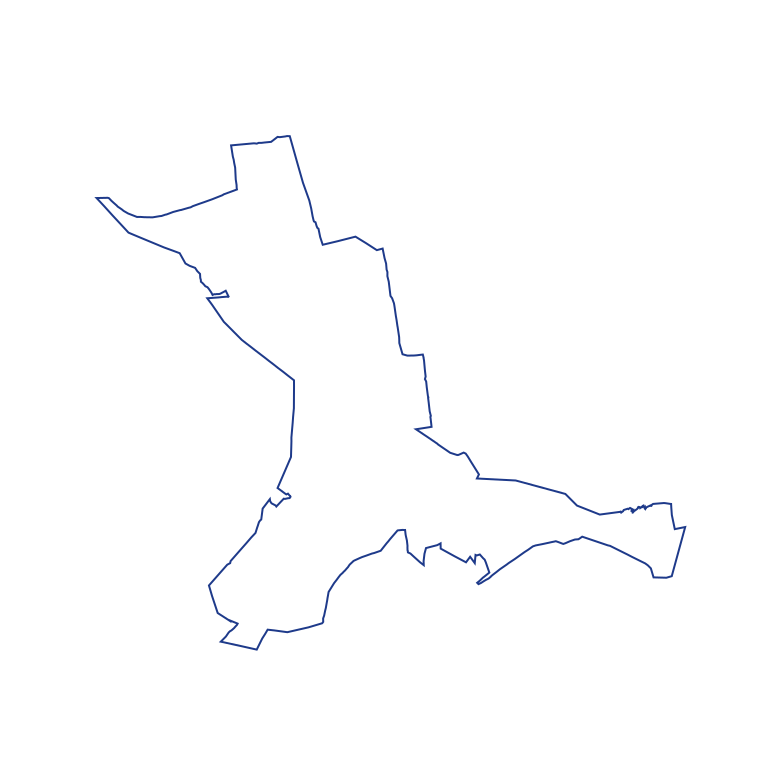 the district of Pantepec, Chiapas, Mexico, rotated 341°
{"feature_id": "50627088B73304631692388", "entity_name": "Pantepec", "entity_type": "district", "adm_level": 2, "iso_a3": "MEX", "parent_name": "Mexico", "parent_adm1": "Chiapas", "projection": "orthographic", "projection_center": [-93.053, 17.195], "detail": "fine", "context": "isolated", "style": "outline", "palette": "blue", "viewbox_px": 768, "rotation_deg": 341, "n_neighbors": 0, "source": "geoboundaries", "source_scale": "gbopen_adm2", "svg_char_len": 5758}
<svg xmlns="http://www.w3.org/2000/svg" viewBox="0 0 768 768"><g transform="rotate(341 384 384)"><path d="M152.9,517.5L152.4,528.4L152.2,546.4L161.0,557.6L161.0,557.1L167.6,562.9L166.7,563.8L166.0,564.2L165.6,564.4L163.4,565.6L163.0,565.9L160.1,567.1L159.5,567.3L158.7,567.5L157.9,567.6L156.2,568.4L152.3,571.3L145.8,574.5L163.4,585.2L177.2,593.7L186.0,585.0L190.4,581.5L193.3,579.0L194.0,578.4L200.1,581.3L211.8,587.2L223.1,588.4L233.4,589.5L247.6,590.1L248.1,589.8L249.1,589.1L250.1,585.9L252.0,583.5L254.6,579.1L256.1,576.8L259.2,571.2L259.4,570.9L260.2,569.4L260.8,568.2L262.1,565.9L263.9,562.6L272.0,556.0L275.1,554.0L275.7,553.6L278.0,552.0L280.6,550.3L283.5,549.1L284.7,548.4L286.3,547.7L288.9,546.2L290.2,545.5L292.7,543.6L297.4,541.5L297.5,541.4L299.0,541.2L304.2,540.7L307.0,540.5L311.2,540.5L317.4,540.4L319.6,540.6L323.6,540.6L326.6,540.6L334.7,535.4L336.8,534.2L338.2,533.3L339.3,532.6L349.1,526.9L349.4,526.9L354.1,528.0L354.8,528.3L355.7,528.7L356.4,528.9L355.4,533.4L355.2,534.8L354.7,539.4L353.5,544.8L353.1,545.7L352.1,548.9L352.2,549.2L351.8,551.0L353.8,552.9L355.9,556.8L360.1,564.4L362.6,568.2L363.8,564.3L367.0,557.7L370.3,552.8L381.9,553.7L385.6,553.1L384.0,558.1L394.6,569.8L403.5,579.3L409.2,575.4L411.5,582.9L414.9,575.4L415.9,576.3L419.1,576.4L421.1,581.2L422.0,582.8L422.2,585.9L422.2,589.8L422.2,596.6L418.6,597.9L416.1,598.8L414.5,599.3L410.4,601.2L407.4,602.3L408.2,604.0L411.1,603.7L413.8,603.0L416.6,602.4L419.5,602.0L422.0,601.1L422.1,600.9L424.3,600.0L429.1,598.4L433.3,596.9L441.2,594.7L443.6,593.9L450.6,592.1L462.1,588.7L466.2,587.7L471.9,586.0L474.8,586.0L481.2,586.9L488.6,587.8L489.6,587.9L492.1,588.2L493.5,588.4L495.3,588.6L497.6,590.4L500.8,593.1L501.5,593.6L502.0,593.6L503.7,593.6L506.1,593.4L507.4,593.3L508.6,593.2L509.0,593.2L513.9,593.2L517.3,594.1L518.9,593.7L521.7,592.9L543.2,609.5L545.0,610.6L557.4,623.2L558.5,624.3L562.2,628.2L569.9,636.0L572.5,638.6L574.4,641.3L576.3,645.2L575.9,654.6L587.9,659.1L593.5,659.4L622.2,617.3L611.7,615.9L613.5,601.6L615.4,594.4L616.4,590.9L615.9,590.7L611.5,588.4L610.0,587.7L599.4,585.0L598.0,585.4L597.2,586.2L596.4,585.5L595.9,585.9L595.2,585.7L592.9,585.9L592.6,586.0L591.1,586.1L591.1,586.8L590.6,587.0L590.3,587.3L590.0,586.6L590.3,586.3L590.5,585.6L590.2,585.8L590.0,584.5L589.1,584.5L589.8,583.7L589.8,583.4L589.0,583.5L588.7,583.7L585.8,584.7L585.8,583.8L584.9,583.1L584.0,583.3L583.9,583.9L582.5,584.6L578.9,585.7L577.3,586.6L577.2,586.5L577.5,586.0L578.3,585.1L578.9,584.0L578.7,583.9L577.1,584.7L576.8,584.6L576.9,584.4L577.0,583.9L577.7,582.8L576.3,581.3L575.9,581.4L574.8,581.7L574.5,581.9L573.9,581.3L570.8,581.2L569.7,581.2L569.5,581.3L568.7,582.1L568.3,582.2L566.4,582.8L566.2,581.7L565.3,581.7L545.5,577.7L526.9,561.8L519.7,547.0L477.1,518.1L441.1,503.6L444.3,500.4L441.0,486.2L439.6,479.8L438.6,476.4L437.0,474.8L431.3,475.3L430.4,475.0L430.1,475.0L424.2,470.6L418.7,463.2L415.3,458.6L415.1,458.0L407.6,447.9L405.3,444.9L399.5,437.2L405.5,438.3L415.0,440.0L415.7,437.0L416.3,434.2L416.9,431.5L417.0,430.9L417.1,430.3L417.7,429.5L417.9,429.4L418.3,424.7L420.3,415.7L421.2,411.4L421.5,411.3L421.6,410.9L421.6,409.7L422.3,406.2L422.9,403.3L423.4,400.8L423.6,400.0L424.7,395.3L424.3,392.7L425.8,390.5L426.3,388.2L426.8,385.9L427.5,382.9L429.5,374.8L429.9,372.2L430.0,372.1L430.3,368.8L428.5,368.4L428.1,368.3L424.2,367.5L421.9,366.9L415.4,364.8L411.2,361.9L411.8,350.3L412.8,347.2L413.6,344.5L415.5,334.2L415.5,333.9L416.7,327.6L417.2,324.6L417.2,324.4L419.0,315.0L419.4,312.8L419.7,310.9L419.6,305.6L418.8,302.8L421.8,288.8L422.3,283.2L423.7,279.2L423.7,276.7L425.2,270.8L425.5,265.2L426.8,255.5L420.8,255.1L412.8,244.9L405.0,235.4L386.7,233.9L371.4,232.4L371.5,224.3L372.6,215.8L371.8,214.6L371.7,212.5L371.9,208.8L370.7,207.5L370.7,206.3L371.1,202.2L372.3,194.4L373.1,186.2L372.9,167.4L374.0,146.7L375.6,119.0L374.8,118.7L373.0,118.0L371.3,117.8L365.9,116.7L363.8,115.7L356.1,118.3L349.4,116.7L346.6,116.1L344.1,115.2L342.1,115.3L341.5,115.1L340.4,114.5L339.1,114.0L317.1,108.6L315.1,119.9L314.9,122.9L314.3,126.3L313.7,131.0L310.4,142.4L309.4,147.8L308.5,150.8L308.3,152.2L294.2,152.5L292.6,152.9L281.6,153.4L273.1,153.5L267.7,153.5L261.1,153.6L258.7,154.0L256.9,153.8L248.8,153.4L247.8,153.2L240.7,152.7L233.5,152.9L232.4,152.7L228.3,152.7L226.7,152.3L219.5,151.1L211.8,148.3L207.8,146.6L205.0,145.7L204.9,145.7L197.6,139.5L194.2,135.6L192.9,133.5L190.0,129.6L189.9,129.5L189.5,128.4L187.1,124.2L186.2,122.5L186.1,122.4L184.4,118.7L183.4,118.0L172.8,114.6L177.2,124.5L182.2,136.2L186.1,145.0L188.4,150.2L191.7,157.7L195.7,161.3L202.9,167.7L214.2,177.7L220.4,183.2L228.3,189.6L233.4,193.8L235.5,205.4L238.7,209.0L243.2,212.7L244.2,216.5L245.9,220.0L244.8,223.9L244.7,226.0L244.2,227.7L245.3,229.5L246.2,231.5L246.9,233.4L248.6,235.0L249.4,237.2L250.5,241.3L250.9,244.0L252.6,243.8L253.9,244.3L255.2,244.5L256.6,245.0L257.6,245.3L258.4,245.3L259.4,245.2L260.5,245.0L262.0,244.8L264.7,244.3L265.5,250.7L264.9,250.9L264.3,250.4L259.3,249.1L255.5,248.2L244.8,245.4L247.2,253.0L249.4,260.9L252.8,273.1L255.4,278.4L259.1,286.1L263.9,296.0L267.0,300.8L270.2,305.6L273.5,310.7L276.5,315.2L279.7,320.0L282.8,324.8L286.0,329.6L289.0,334.3L292.4,339.3L295.4,344.0L300.1,351.2L298.1,357.1L295.0,365.9L290.9,377.6L287.3,385.6L285.0,391.0L281.4,399.1L279.0,404.5L277.8,408.1L275.7,413.7L272.3,422.7L263.1,432.8L249.5,447.7L255.0,455.7L255.7,456.6L257.5,456.4L258.6,459.2L258.8,459.3L258.9,460.2L257.7,461.1L257.1,461.1L256.4,460.8L252.9,460.4L251.9,459.8L242.3,464.8L242.0,463.6L238.9,460.3L238.6,459.5L238.2,457.7L238.6,455.7L228.7,462.3L223.8,472.2L222.6,472.6L220.8,473.9L218.5,477.0L217.3,478.5L214.0,483.0L208.5,485.9L202.0,489.7L195.3,493.5L181.3,501.5L180.2,503.3L177.0,503.8L168.0,508.9L152.9,517.5Z" fill="none" stroke="#1e3a8a" stroke-width="2"/></g></svg>